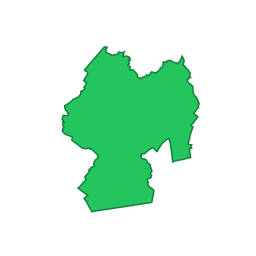 the district of Phong Dien, Hau Giang, Vietnam, rotated 304°
{"feature_id": "81297802B56741553336234", "entity_name": "Phong Dien", "entity_type": "district", "adm_level": 2, "iso_a3": "VNM", "parent_name": "Vietnam", "parent_adm1": "Hau Giang", "projection": "albers", "projection_center": [105.676, 9.998], "detail": "fine", "context": "isolated", "style": "filled", "palette": "green", "viewbox_px": 256, "rotation_deg": 304, "n_neighbors": 0, "source": "geoboundaries", "source_scale": "gbopen_adm2", "svg_char_len": 5687}
<svg xmlns="http://www.w3.org/2000/svg" viewBox="0 0 256 256"><g transform="rotate(304 128 128)"><path d="M142.5,64.7L141.8,68.8L137.2,68.6L136.7,70.3L132.3,69.0L132.5,68.6L132.1,68.4L131.8,68.7L131.0,68.9L130.6,69.2L129.7,70.0L129.0,69.9L126.2,69.4L124.8,68.8L122.9,67.7L121.2,66.5L120.8,66.4L120.2,66.6L119.2,66.1L117.9,66.2L117.5,66.2L116.7,65.6L116.3,65.4L115.5,65.1L114.6,64.6L113.2,64.2L112.5,63.9L111.4,63.3L111.0,63.1L110.4,63.5L109.2,64.6L108.6,65.3L108.0,66.1L107.7,67.0L107.2,68.9L107.0,70.1L106.1,70.2L105.8,70.4L105.5,70.8L105.1,70.9L104.7,70.9L103.7,70.3L103.2,69.5L103.0,68.9L103.0,67.9L102.8,67.6L102.3,67.3L101.9,67.2L101.6,67.3L100.8,67.9L98.8,68.3L98.5,68.5L98.3,69.0L98.3,69.9L98.1,70.1L97.6,70.2L96.7,70.2L96.5,70.3L96.6,70.7L97.2,71.0L97.2,71.6L96.4,71.9L96.2,71.9L95.8,71.7L95.4,71.6L94.5,72.1L94.1,72.2L93.6,72.6L93.4,72.9L93.2,73.9L93.1,74.1L92.9,74.2L91.8,74.3L91.2,74.5L90.9,74.4L90.8,74.6L90.3,74.8L89.5,74.8L89.4,74.9L89.3,75.9L89.1,76.1L88.5,76.1L88.4,76.5L88.2,76.7L88.1,77.3L87.9,77.6L87.8,78.9L88.0,80.4L88.0,80.9L88.4,82.7L88.9,84.0L88.9,84.7L89.0,85.1L89.4,85.8L89.5,86.2L89.4,86.9L89.3,87.1L86.7,88.1L86.4,88.5L86.4,89.7L86.0,97.9L85.7,101.1L86.1,101.5L86.6,103.4L87.2,104.8L87.6,105.2L88.0,105.4L88.6,105.7L88.7,106.3L89.3,106.8L89.2,107.4L89.7,107.9L89.5,108.7L90.0,108.8L90.1,109.1L90.1,109.8L89.2,115.0L88.4,118.9L87.9,118.8L87.3,118.9L86.9,119.1L86.1,119.8L85.6,119.9L85.4,119.8L84.9,119.4L84.1,119.1L83.7,118.9L83.5,119.0L82.8,118.8L82.2,118.9L81.2,118.8L80.5,119.2L79.6,119.3L79.1,119.5L78.5,120.6L78.2,120.9L77.6,121.0L77.2,121.0L76.9,121.0L76.4,120.8L76.3,120.7L76.0,120.3L75.3,119.8L74.8,119.6L74.1,119.4L72.3,119.3L71.1,119.0L71.0,120.4L63.2,119.5L61.9,122.0L51.1,120.6L50.2,120.2L49.9,125.3L49.5,132.2L45.0,130.9L43.5,135.2L41.5,138.6L38.3,145.0L39.2,145.5L45.5,152.3L56.4,164.2L79.6,189.3L90.3,184.7L90.6,184.5L90.8,184.1L90.8,183.2L91.0,182.6L91.3,182.0L91.4,181.6L91.1,179.6L91.2,179.0L91.6,177.9L91.7,177.0L91.9,176.6L93.1,175.6L94.0,175.3L94.5,175.1L94.7,174.5L95.0,173.9L95.4,173.1L95.8,172.8L96.2,172.7L97.0,172.8L97.4,173.0L97.9,173.8L98.7,174.5L99.3,174.6L100.9,174.5L101.5,174.3L101.9,174.1L102.0,173.4L102.0,172.8L102.4,172.4L103.2,172.0L104.4,172.3L104.9,172.3L105.4,172.0L105.9,171.7L107.1,170.1L107.8,169.4L107.6,168.5L107.7,168.4L108.3,168.3L108.5,168.1L109.2,167.8L109.7,167.4L109.9,167.0L110.3,164.8L110.3,164.4L110.0,163.8L110.0,163.5L110.6,163.0L111.3,161.9L111.6,161.1L111.7,160.5L111.7,159.4L111.7,159.1L110.8,158.2L110.6,157.6L110.5,157.1L111.0,155.6L111.2,155.2L112.0,154.3L112.4,154.5L112.9,154.6L113.2,154.4L113.7,153.8L113.9,153.8L114.3,154.0L114.6,154.3L115.1,155.1L115.6,155.8L116.3,156.2L120.8,157.4L125.1,159.2L125.3,159.6L125.5,160.3L125.4,160.5L124.5,165.1L125.5,165.4L126.2,165.2L129.1,165.0L133.2,165.0L134.5,165.0L135.2,165.0L137.8,165.8L139.5,166.4L140.8,166.9L142.2,167.8L138.8,171.7L132.2,177.8L124.9,184.0L125.3,184.3L126.8,185.3L132.6,191.0L135.0,193.1L138.5,196.5L144.8,190.7L147.0,192.0L147.4,190.6L149.6,190.3L148.1,187.0L157.8,183.2L165.5,181.1L165.0,179.0L165.5,178.5L168.7,179.4L169.9,179.3L176.4,179.7L176.9,174.1L178.1,174.4L179.1,174.5L180.9,174.5L181.8,174.5L183.4,174.8L184.9,174.8L185.0,174.6L187.1,172.9L187.3,173.0L187.8,173.6L190.1,170.2L190.9,169.1L191.4,168.1L192.1,165.6L193.0,163.2L193.7,162.3L194.6,161.6L198.0,158.9L198.4,158.9L198.5,158.8L199.3,156.2L199.3,154.6L198.9,154.5L200.0,150.8L200.9,150.7L201.4,150.6L201.4,150.4L201.4,149.8L201.5,149.7L202.1,150.2L203.4,150.7L204.5,151.3L205.1,151.5L205.1,151.0L205.0,150.2L205.0,149.7L207.0,149.5L208.1,149.2L208.5,148.6L209.1,147.0L209.5,146.0L209.9,144.4L210.3,143.0L210.8,140.4L211.1,140.3L210.7,138.3L211.0,138.0L212.6,138.0L212.9,137.7L213.2,137.6L214.9,137.1L216.0,136.0L217.1,134.1L217.7,132.6L215.7,133.3L213.5,133.5L211.0,133.4L208.9,133.0L209.1,130.9L208.4,130.6L208.2,130.5L208.0,129.8L207.9,127.2L207.9,125.5L205.8,123.1L205.1,123.1L204.9,123.0L204.7,122.7L203.8,122.5L203.7,122.4L203.5,122.0L203.1,121.9L202.9,121.5L202.9,120.8L202.9,120.6L202.7,120.5L202.5,120.4L202.0,120.5L199.5,121.9L197.8,122.3L197.7,122.2L197.5,121.9L196.8,121.9L196.4,121.4L195.9,121.2L195.1,121.3L194.4,121.9L194.2,121.9L190.0,120.7L189.2,120.3L188.1,117.4L188.1,117.1L187.6,116.4L187.5,116.0L186.8,115.8L186.3,115.9L185.9,115.8L185.6,116.4L184.5,116.1L183.8,116.0L183.1,115.6L183.0,115.4L183.0,114.7L182.9,114.4L182.5,113.8L181.9,113.7L181.2,113.8L180.7,113.8L180.2,113.2L179.2,112.8L179.0,112.6L178.9,112.2L178.5,111.9L178.1,111.8L177.7,111.9L177.2,111.8L176.2,111.1L176.0,110.9L176.2,110.0L176.1,109.6L175.4,107.5L175.4,107.1L175.6,106.8L175.8,106.6L176.1,106.5L177.0,106.4L177.6,106.0L179.1,99.9L177.2,97.0L179.7,95.8L179.9,95.6L180.0,95.3L180.0,94.8L179.4,93.6L180.0,93.4L180.2,92.9L180.7,92.6L180.9,92.6L181.4,93.2L181.7,92.9L182.2,93.0L182.3,93.0L182.5,92.5L183.1,91.7L183.4,91.4L184.3,91.6L185.2,92.1L185.5,92.0L185.5,91.9L185.7,91.6L185.7,90.6L185.8,90.3L186.0,90.1L186.4,90.5L186.6,90.6L187.2,90.2L187.5,90.0L187.5,89.7L187.0,89.1L187.1,88.8L187.3,88.6L187.4,88.4L186.9,87.7L187.0,87.3L186.6,86.6L186.6,86.1L185.2,85.0L184.8,84.4L184.4,84.1L184.5,84.0L187.8,82.7L188.2,82.5L188.7,82.2L188.8,82.2L187.3,81.2L187.1,81.0L185.6,77.6L184.0,78.5L183.8,78.5L183.7,78.5L183.2,77.8L182.7,77.4L179.5,74.3L179.4,72.9L179.3,72.5L179.1,71.3L178.5,69.2L178.7,68.6L178.8,68.2L178.5,67.4L179.7,66.5L180.5,65.7L180.8,65.6L181.2,65.7L182.0,65.9L182.7,65.8L183.3,65.6L182.4,63.6L182.1,63.2L181.4,63.0L180.4,62.9L163.5,60.8L155.9,59.9L151.8,59.5L151.6,59.6L151.6,60.5L151.8,62.2L151.5,63.3L150.7,63.9L148.7,64.5L148.1,64.5L147.1,64.6L146.9,64.6L146.6,64.4L146.4,64.4L145.5,64.5L142.5,64.7Z" fill="#22c55e" stroke="#15803d" stroke-width="1.5"/></g></svg>